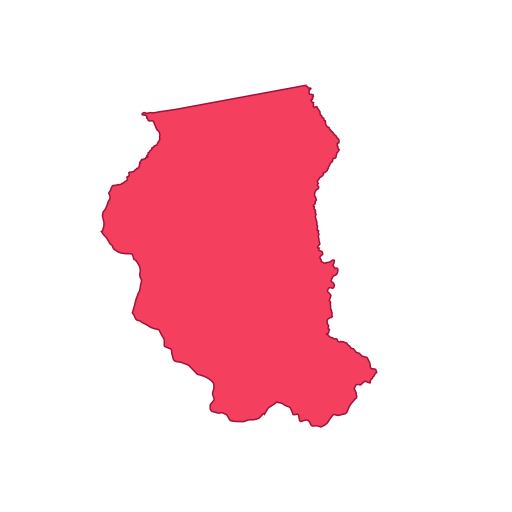 the district of Corinto, Cauca, Colombia, rotated 58°
{"feature_id": "7082276B3788770543565", "entity_name": "Corinto", "entity_type": "district", "adm_level": 2, "iso_a3": "COL", "parent_name": "Colombia", "parent_adm1": "Cauca", "projection": "robinson", "projection_center": [-76.211, 3.145], "detail": "fine", "context": "isolated", "style": "filled", "palette": "rose", "viewbox_px": 512, "rotation_deg": 58, "n_neighbors": 0, "source": "geoboundaries", "source_scale": "gbopen_adm2", "svg_char_len": 6146}
<svg xmlns="http://www.w3.org/2000/svg" viewBox="0 0 512 512"><g transform="rotate(58 256 256)"><path d="M153.2,374.2L157.0,374.0L161.6,373.1L168.3,373.3L171.2,372.4L173.3,373.0L175.2,372.8L180.0,370.5L181.8,369.0L184.7,365.7L187.8,361.0L188.8,360.0L190.8,360.3L193.7,361.3L196.5,360.2L200.6,360.1L203.3,360.3L205.2,360.9L207.8,362.3L209.7,364.2L211.2,365.0L212.4,365.5L214.0,365.5L215.7,365.9L217.0,366.7L219.0,368.9L223.8,373.0L225.0,375.4L229.8,381.4L234.1,385.8L238.7,391.0L241.3,390.8L245.7,391.4L247.6,390.8L249.8,388.5L251.9,387.9L256.7,385.0L260.8,383.1L263.8,380.7L266.6,377.7L267.2,377.4L272.5,377.9L277.7,378.0L279.0,378.5L283.2,381.2L283.9,381.4L284.5,381.3L289.7,377.5L290.8,377.5L294.0,379.0L299.6,380.8L300.7,380.9L301.9,380.5L303.1,379.8L305.5,376.9L306.7,375.7L312.9,371.0L325.3,368.4L328.1,365.7L331.8,362.8L335.5,360.9L338.5,359.9L340.9,359.5L342.3,359.7L343.9,360.5L346.7,362.6L349.0,365.3L350.1,366.0L355.0,367.2L356.0,368.1L357.7,373.2L358.3,374.0L361.4,375.9L362.6,376.1L364.5,375.7L368.7,371.8L369.8,370.4L370.8,367.8L375.0,365.0L381.1,365.1L382.0,364.9L383.0,364.1L385.8,360.6L390.0,354.2L390.8,350.1L391.4,348.4L393.1,345.8L394.4,342.8L395.1,339.9L394.7,337.2L393.6,333.5L393.9,332.7L394.7,332.7L392.0,327.5L391.3,325.7L391.2,318.6L390.8,315.8L391.6,315.3L393.3,313.3L395.1,311.8L397.3,310.9L399.6,309.5L401.5,307.9L402.8,307.4L407.0,307.9L409.3,308.5L410.2,308.5L411.0,307.5L412.1,304.6L412.8,304.3L413.7,304.3L418.1,306.1L419.4,306.1L420.1,305.8L421.1,301.9L421.6,300.3L422.4,299.5L423.2,298.9L424.7,298.6L428.5,298.9L429.6,298.6L430.4,297.8L432.1,294.4L435.4,291.5L435.8,287.3L435.6,284.8L434.5,281.8L433.4,279.9L431.7,275.4L431.6,274.0L434.4,271.3L434.9,270.4L436.7,265.0L437.1,263.8L437.0,262.7L436.7,261.8L433.2,256.8L432.1,254.7L429.8,247.9L429.6,246.0L428.4,244.9L426.8,244.6L425.5,243.6L420.6,243.0L418.5,240.1L418.2,239.3L418.8,238.0L420.8,235.5L420.0,231.6L420.0,230.0L420.7,229.3L423.8,227.0L424.0,226.2L422.4,225.1L421.7,223.9L421.5,222.2L420.4,220.8L420.4,219.7L419.0,217.3L418.7,215.3L415.9,214.6L415.2,214.8L412.6,217.8L411.9,218.0L411.0,218.0L407.0,216.1L400.9,215.6L397.1,219.1L393.2,220.0L390.7,222.1L387.1,222.4L386.2,222.6L385.0,224.1L381.9,224.4L379.9,225.2L377.8,225.2L376.2,226.7L375.0,227.3L374.3,228.6L373.4,229.2L373.4,230.6L373.0,231.1L371.2,231.8L369.5,231.4L368.7,231.8L367.7,233.7L365.7,234.6L364.0,236.3L361.5,236.7L360.4,237.3L359.4,237.4L359.3,237.1L359.9,235.9L359.7,235.2L358.6,234.4L357.5,232.7L355.4,233.1L354.0,231.6L353.3,231.3L351.1,231.4L348.7,230.1L348.1,229.5L347.5,228.2L347.6,225.8L348.2,224.4L347.6,223.2L346.3,223.1L344.6,221.6L342.4,221.2L341.8,220.7L340.4,220.9L339.4,220.0L336.5,218.6L334.5,217.1L332.6,217.5L329.4,213.5L328.0,213.3L324.2,214.1L323.1,213.6L322.0,211.9L321.8,210.6L322.4,209.3L323.6,208.6L324.0,208.0L324.0,206.9L322.7,205.3L322.0,204.8L319.8,204.7L317.4,205.6L316.7,205.5L314.0,201.4L314.4,198.3L314.2,197.1L312.5,194.9L311.1,193.8L309.9,193.5L309.4,193.6L307.9,195.7L304.9,195.7L304.1,195.0L303.6,193.8L302.8,193.3L302.0,192.3L301.3,191.9L300.8,192.0L300.0,193.1L300.2,196.7L299.0,199.6L298.4,202.0L297.0,202.5L295.3,203.7L293.8,202.8L291.4,202.8L290.9,202.6L290.2,200.9L290.0,198.8L289.4,198.2L287.1,197.6L286.0,198.7L284.6,199.5L284.0,199.5L282.8,198.2L282.1,199.2L281.5,199.3L280.6,198.2L279.9,195.9L279.4,195.3L276.2,194.4L275.1,193.7L272.9,193.0L271.7,192.1L270.8,191.0L268.9,190.9L268.0,189.6L267.5,189.5L266.9,190.3L266.5,190.4L263.1,187.9L261.5,187.9L260.1,186.6L254.0,184.9L252.4,182.9L250.6,182.9L250.0,181.9L248.2,181.3L246.7,181.7L245.0,180.4L244.4,180.9L244.0,180.8L243.3,180.0L243.1,178.4L241.1,176.7L240.7,175.2L240.1,174.9L238.7,174.8L238.0,174.3L236.3,174.5L233.8,173.0L232.4,170.9L231.8,169.5L232.0,167.8L231.7,167.0L230.6,166.2L228.5,166.5L228.0,166.1L227.4,164.6L225.6,164.6L224.9,164.2L224.3,162.1L223.3,160.7L223.4,158.3L223.0,156.4L222.2,155.3L221.5,155.2L221.3,154.7L221.7,153.1L221.3,150.4L220.6,149.6L220.0,148.3L218.7,147.0L218.1,145.6L217.1,144.3L216.5,142.8L216.4,141.1L214.3,139.2L214.2,138.8L214.9,137.3L214.8,136.1L211.4,132.7L211.0,130.9L210.1,129.3L209.7,129.0L208.8,129.4L207.6,129.4L206.9,128.6L205.5,128.8L204.7,127.9L203.8,127.8L203.6,127.2L204.0,125.8L202.5,124.6L200.6,124.0L199.3,124.6L196.4,124.5L194.3,125.3L191.2,125.4L190.3,126.1L189.3,125.8L187.9,126.4L186.0,125.9L184.0,127.1L182.4,127.2L181.3,127.2L178.4,125.6L177.9,125.6L177.2,126.3L176.5,126.3L175.7,125.7L175.0,125.6L173.3,126.5L171.7,125.9L170.2,126.6L167.4,125.3L163.2,125.5L161.8,125.2L161.3,125.7L160.9,127.4L160.5,128.1L159.8,128.3L158.2,127.1L156.6,126.7L156.3,125.9L154.7,127.1L152.8,126.7L152.7,126.4L153.2,125.6L152.8,124.7L152.2,124.3L151.3,124.3L151.3,122.9L149.5,122.1L148.3,123.3L147.4,124.7L146.2,124.8L144.9,124.1L144.2,123.2L143.5,123.2L143.4,121.1L142.9,120.6L142.2,121.1L141.5,122.5L139.5,122.7L138.0,123.8L137.6,123.4L88.7,247.5L82.6,261.2L80.4,266.9L78.5,269.5L77.3,272.6L76.5,273.6L75.3,274.5L74.9,275.3L74.9,276.9L75.6,277.6L76.0,277.6L78.3,275.0L78.8,274.7L80.0,274.7L80.9,275.6L82.6,275.2L83.6,275.5L84.6,275.2L85.1,274.8L86.1,272.7L87.2,271.6L95.4,273.0L96.9,273.0L98.6,272.5L100.2,272.5L102.7,273.5L103.6,274.5L106.3,275.9L106.3,276.4L106.8,276.7L107.5,278.1L107.5,278.7L108.0,279.1L108.1,279.7L109.3,281.1L108.8,283.5L109.3,285.2L109.2,287.1L110.3,287.7L110.7,290.6L111.5,291.6L111.3,292.7L112.6,293.8L113.1,295.6L113.7,295.7L114.6,295.2L114.7,295.3L114.8,295.8L114.1,297.1L114.7,298.0L114.8,298.7L114.3,299.5L114.4,301.1L113.6,301.4L113.7,302.1L115.2,305.2L116.1,305.2L116.6,306.4L118.1,307.3L118.3,308.1L118.9,308.7L119.0,309.7L118.5,310.6L118.9,311.3L119.0,313.3L119.4,314.3L119.5,315.4L118.9,316.4L118.8,317.8L117.9,318.7L117.9,319.5L118.4,320.0L119.7,320.3L120.9,321.6L121.0,322.1L120.5,322.9L120.7,323.7L122.6,324.3L123.2,324.9L123.6,326.0L123.4,327.9L123.9,330.3L123.3,331.2L123.7,332.0L123.3,333.9L122.3,335.2L121.8,337.2L120.4,339.9L120.5,340.7L121.4,342.4L123.3,344.8L124.5,347.5L128.1,348.2L129.9,349.3L131.4,352.3L134.2,355.6L135.7,357.8L137.1,360.3L137.4,361.9L138.6,363.3L140.5,364.9L147.1,367.2L150.0,369.1L153.0,372.5L153.3,373.1L153.2,374.2Z" fill="#f43f5e" stroke="#9f1239" stroke-width="1.5"/></g></svg>